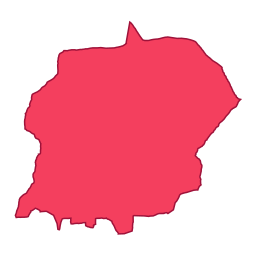 Mbarali, Mbeya, United Republic of Tanzania
{"feature_id": "72390352B36245556910711", "entity_name": "Mbarali", "entity_type": "district", "adm_level": 2, "iso_a3": "TZA", "parent_name": "United Republic of Tanzania", "parent_adm1": "Mbeya", "projection": "orthographic", "projection_center": [34.247, -8.278], "detail": "fine", "context": "isolated", "style": "filled", "palette": "rose", "viewbox_px": 256, "rotation_deg": 0, "n_neighbors": 0, "source": "geoboundaries", "source_scale": "gbopen_adm2", "svg_char_len": 5658}
<svg xmlns="http://www.w3.org/2000/svg" viewBox="0 0 256 256"><path d="M129.8,22.1L126.3,41.8L126.3,42.5L126.0,43.2L126.2,43.4L125.8,43.7L125.6,44.1L123.1,45.7L122.3,46.1L121.7,46.1L121.0,46.4L118.1,47.1L116.3,47.4L114.4,47.9L106.8,48.2L105.7,48.2L100.8,47.6L97.2,47.9L92.7,47.9L90.3,48.2L87.1,48.9L85.8,48.8L84.0,49.2L82.6,49.3L82.1,49.5L80.1,49.5L77.1,50.0L76.0,50.1L75.0,49.8L71.7,49.8L68.7,50.3L67.5,50.7L64.0,50.6L63.9,50.8L63.7,50.9L63.3,51.6L62.4,52.3L60.0,53.5L59.2,54.7L58.9,55.5L58.7,56.8L58.3,57.8L58.1,60.2L57.8,61.1L57.7,61.6L58.1,63.5L57.8,64.2L57.7,65.5L58.0,70.8L57.9,71.8L57.8,73.7L57.3,74.3L55.4,76.1L54.4,77.6L52.8,79.0L50.3,80.5L48.5,81.4L47.1,82.3L46.6,83.7L44.9,85.8L43.1,86.8L42.2,87.4L41.6,88.0L40.3,89.8L37.5,91.8L35.5,92.7L32.7,94.1L32.2,94.6L32.0,95.2L31.7,96.7L31.5,98.0L31.7,99.2L31.5,99.9L30.6,101.5L29.6,104.5L29.9,105.6L29.8,106.1L29.3,107.0L27.9,108.2L26.9,110.5L26.4,112.3L26.1,112.8L25.4,113.5L25.3,113.8L25.7,114.5L25.7,114.9L25.3,116.6L25.2,118.1L24.8,119.5L24.6,121.2L24.7,124.7L24.9,125.9L25.0,126.5L25.0,128.7L25.1,129.1L25.7,129.2L26.2,129.5L26.5,130.1L27.1,130.6L28.3,130.9L30.4,131.9L30.8,132.4L32.2,133.4L32.7,133.7L33.5,133.9L34.2,134.4L34.5,135.1L34.7,136.0L35.3,137.4L36.0,138.3L38.0,139.1L39.0,139.8L40.4,143.1L40.8,143.5L40.6,146.0L40.6,146.9L40.8,148.3L40.6,149.5L40.6,150.3L40.5,150.5L40.5,153.0L40.3,153.5L39.4,154.2L39.2,154.2L39.3,154.3L38.8,154.6L38.0,155.4L36.7,157.7L36.5,158.6L36.5,159.2L36.2,159.7L35.7,160.3L35.7,161.1L35.3,162.3L35.6,163.3L35.6,164.3L35.9,165.4L35.4,167.4L35.4,168.0L35.1,169.4L35.0,170.8L34.8,171.7L33.6,173.2L33.1,174.2L33.1,176.9L33.7,178.6L34.1,180.5L34.2,181.5L34.0,182.3L33.8,182.9L31.9,184.1L31.6,184.5L31.0,186.0L30.1,187.8L28.7,189.2L28.3,190.2L27.5,191.2L26.6,193.0L26.2,193.3L24.7,194.1L24.2,194.3L22.8,195.3L20.3,197.7L19.9,198.4L19.3,199.7L19.3,200.6L18.9,202.1L18.8,204.2L18.5,205.7L18.5,206.5L17.4,209.4L16.7,211.0L16.3,213.1L15.4,215.3L16.2,217.5L18.5,217.2L20.7,217.3L21.7,217.2L24.5,217.2L25.1,217.1L26.7,217.0L28.0,216.7L28.4,216.3L28.5,215.7L29.9,213.2L30.8,212.0L30.8,211.8L30.8,210.9L31.9,210.6L32.7,210.2L34.7,208.8L35.2,208.3L35.7,208.3L36.5,208.8L37.0,208.8L37.4,209.0L37.7,209.3L38.6,209.6L39.0,210.0L39.9,210.5L40.0,210.7L40.2,211.8L41.3,211.6L45.7,211.3L46.7,211.4L53.6,215.3L57.1,223.6L57.9,229.3L58.7,229.6L59.4,229.7L59.7,228.8L60.2,225.4L60.9,222.2L62.2,218.9L62.6,218.7L64.4,218.4L67.4,218.4L68.1,218.5L69.0,218.3L70.9,218.2L70.7,219.4L70.8,219.9L70.8,220.8L70.6,221.8L71.1,223.8L72.8,223.9L74.7,223.5L77.2,223.3L78.6,223.5L80.7,223.2L81.6,223.2L83.0,222.7L85.5,222.6L85.7,225.7L86.3,225.9L86.7,226.2L87.6,226.7L88.8,226.9L90.5,227.5L92.9,227.7L93.4,227.0L93.6,226.5L93.5,225.5L93.9,225.4L94.0,224.8L95.6,224.3L95.5,222.4L95.6,218.6L96.9,218.3L99.3,218.3L101.8,218.0L103.5,218.5L105.5,218.4L106.4,218.1L106.6,218.4L107.5,219.1L107.9,219.1L109.2,219.6L110.8,220.7L111.9,221.2L111.9,221.8L112.4,223.2L113.7,225.2L114.6,227.0L114.8,227.7L115.1,228.2L115.4,229.1L115.8,229.6L115.9,230.2L116.6,231.1L117.1,231.5L117.7,232.3L118.6,233.7L118.5,233.9L124.3,233.7L132.1,231.0L132.6,227.6L132.5,226.1L132.8,222.9L133.2,222.1L133.1,216.9L133.3,215.8L133.7,215.6L144.3,215.9L148.9,216.4L149.6,216.1L153.2,215.9L155.7,214.9L157.6,213.9L159.4,213.5L162.6,213.5L163.5,213.3L163.8,213.5L165.0,212.9L166.8,212.7L167.9,213.5L173.4,209.8L175.1,202.9L175.4,202.4L176.5,201.3L177.8,199.2L178.8,197.3L179.6,195.2L180.0,194.7L180.4,194.3L180.8,194.0L181.9,193.7L182.7,193.3L183.1,193.3L184.0,192.9L184.6,192.9L185.6,192.6L186.4,192.5L193.8,190.2L196.9,189.9L197.8,190.0L198.2,188.7L199.0,187.0L199.2,186.6L199.5,186.1L199.8,185.8L200.7,185.4L201.0,184.5L200.6,183.7L200.6,181.9L200.5,180.9L200.8,179.3L199.9,177.2L199.9,176.3L200.4,174.8L200.8,172.7L201.1,171.7L201.3,169.0L201.8,167.2L201.9,165.9L201.8,165.2L201.7,164.9L201.2,164.3L200.9,163.7L200.6,162.5L200.4,161.1L200.1,160.3L199.4,159.7L199.2,159.1L198.9,158.9L197.4,158.1L197.1,157.5L196.3,156.8L196.1,156.5L195.5,156.0L195.3,155.6L195.3,155.3L195.9,154.4L195.8,153.3L196.2,152.8L196.8,152.2L197.1,151.5L197.5,150.7L197.7,149.0L198.2,148.3L199.3,147.9L201.0,146.8L202.2,146.2L202.7,145.4L203.5,144.9L203.5,144.7L204.3,143.8L205.4,140.7L205.6,140.5L207.0,139.8L207.1,139.2L207.4,138.5L208.1,137.8L208.7,136.8L209.4,136.0L210.1,134.9L210.6,134.4L211.4,133.4L212.4,132.7L212.9,132.4L213.4,131.9L213.9,130.6L214.1,130.3L214.9,129.7L215.7,128.2L216.4,127.3L218.1,126.4L218.6,125.6L218.7,124.4L219.7,122.9L221.1,121.8L221.6,121.5L224.0,119.2L226.0,116.3L228.6,113.5L229.8,111.8L230.4,110.7L231.2,109.7L232.0,109.3L232.4,108.6L233.8,108.1L234.2,107.6L235.4,107.1L236.0,106.7L236.3,106.4L237.2,104.5L237.3,104.5L238.3,101.9L239.7,100.3L240.6,99.4L238.6,98.9L238.1,98.6L237.7,98.2L237.4,97.7L236.7,97.4L236.3,97.0L236.3,96.4L235.8,95.4L234.8,94.7L234.3,93.7L233.9,92.6L232.9,91.4L232.6,90.2L232.0,89.1L231.2,87.0L230.6,86.5L230.2,85.0L229.3,83.0L228.7,81.9L227.9,81.0L227.6,79.9L226.7,78.8L226.1,77.5L225.9,76.4L224.6,75.2L224.0,73.0L223.0,71.9L222.7,71.3L222.7,70.3L222.0,69.0L221.9,68.7L222.1,68.0L222.0,67.4L221.2,66.6L217.0,63.3L212.6,60.6L209.5,57.7L208.4,57.0L206.9,55.6L206.3,55.3L205.0,53.5L204.0,52.2L203.5,51.3L201.7,49.2L201.0,48.0L200.1,47.1L198.8,45.5L198.1,45.0L196.1,42.3L195.1,41.5L193.5,40.8L190.8,39.9L186.8,38.9L181.5,38.3L177.1,38.4L167.7,37.0L166.3,37.2L165.7,37.2L164.5,37.4L160.8,38.3L160.3,38.5L157.8,39.0L156.9,39.1L156.3,39.1L153.5,39.4L151.3,39.8L149.0,40.4L148.1,40.5L144.7,40.5L143.8,40.2L143.1,40.1L142.4,39.5L140.2,36.5L138.2,33.5L137.7,32.6L136.8,31.4L135.1,28.4L134.1,27.4L133.8,26.7L133.4,26.2L132.8,25.2L131.1,23.1L129.8,22.1Z" fill="#f43f5e" stroke="#9f1239" stroke-width="1.5"/></svg>